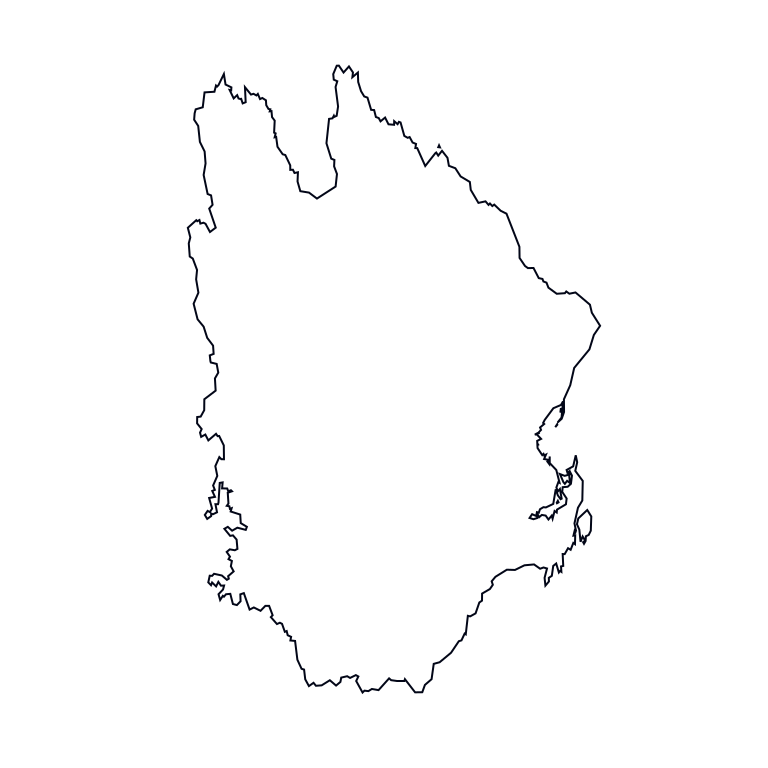 outline of Ennistimon Lea-4, Clare, Ireland, rotated 98°
{"feature_id": "5873133B68826952408481", "entity_name": "Ennistimon Lea-4", "entity_type": "district", "adm_level": 2, "iso_a3": "IRL", "parent_name": "Ireland", "parent_adm1": "Clare", "projection": "natural_earth1", "projection_center": [-9.187, 53.0], "detail": "fine", "context": "isolated", "style": "outline", "palette": "ink", "viewbox_px": 768, "rotation_deg": 98, "n_neighbors": 0, "source": "geoboundaries", "source_scale": "gbopen_adm2", "svg_char_len": 6134}
<svg xmlns="http://www.w3.org/2000/svg" viewBox="0 0 768 768"><g transform="rotate(98 384 384)"><path d="M561.2,196.1L556.6,193.2L553.0,193.8L550.6,191.1L540.6,191.1L537.8,188.5L546.3,184.6L544.6,183.6L545.3,182.2L540.0,183.3L539.2,181.2L527.5,183.4L527.3,181.4L521.0,178.9L522.2,176.1L515.0,174.4L516.0,172.6L507.2,173.6L507.8,175.3L501.8,174.7L501.9,173.7L495.5,176.0L479.5,174.7L471.8,171.4L452.3,173.7L443.4,182.5L434.6,181.8L427.9,184.2L439.2,185.2L443.7,191.2L446.3,190.0L445.0,188.7L446.6,188.9L447.2,187.3L445.9,187.0L448.6,185.1L456.8,185.0L460.2,187.8L461.3,192.7L466.0,192.5L472.0,187.2L477.8,187.1L484.3,195.2L487.2,195.1L486.0,197.4L493.9,198.3L491.0,199.6L495.3,202.3L491.8,205.6L491.7,209.5L494.3,211.8L492.1,213.4L495.4,213.6L497.1,217.2L496.4,221.2L492.3,219.2L493.5,215.0L489.6,214.7L489.9,212.8L486.3,212.1L483.8,209.0L483.7,206.5L479.2,199.7L464.4,199.3L470.0,196.4L473.5,193.1L472.8,192.1L463.5,195.2L466.2,196.9L462.5,198.9L456.9,197.7L457.4,196.4L445.2,201.4L439.2,208.9L432.7,209.8L440.3,209.2L438.0,211.5L436.2,210.6L436.0,215.0L431.4,213.8L432.5,215.4L431.0,216.3L432.4,217.4L426.1,223.0L423.2,223.6L422.1,222.0L423.1,223.6L419.0,224.4L416.5,220.8L412.7,225.6L413.1,227.6L410.7,224.3L411.9,223.3L410.6,224.2L407.6,222.1L405.3,223.4L401.3,219.8L400.4,221.0L397.1,219.8L384.4,212.9L380.1,205.8L376.3,204.3L392.5,203.5L397.9,206.7L393.7,203.2L386.7,201.8L374.1,203.7L359.3,199.4L341.6,197.9L321.1,185.4L306.2,183.0L296.3,178.1L284.5,188.1L276.8,191.1L266.7,207.1L268.8,213.0L267.0,216.4L268.9,217.5L270.6,225.5L265.7,234.6L261.0,237.2L260.3,240.4L257.9,241.7L257.6,245.5L248.3,252.1L249.2,257.6L247.5,260.8L240.3,267.3L229.3,269.0L198.3,286.4L196.2,292.6L191.0,299.8L192.7,301.5L190.5,304.2L192.1,305.4L189.0,308.9L191.5,315.7L179.7,325.1L172.0,327.1L167.8,337.0L160.4,343.4L158.9,350.1L151.2,352.6L145.0,359.0L150.3,362.1L147.5,364.5L148.3,365.3L162.4,373.5L145.8,383.9L146.0,385.8L141.8,385.7L140.9,389.3L135.9,393.0L136.9,394.8L135.5,398.4L122.7,404.0L122.3,405.7L124.8,406.7L122.3,410.5L125.9,410.1L126.2,415.7L120.0,420.0L124.4,424.0L121.4,426.2L120.7,429.2L114.1,431.9L114.3,434.9L102.7,440.2L102.0,443.6L97.2,447.5L88.5,451.6L79.2,453.2L84.6,458.0L79.8,458.1L74.4,462.9L81.2,467.4L75.0,473.0L75.4,475.1L84.2,477.4L89.6,476.1L90.7,472.4L96.6,473.3L115.6,468.1L125.0,468.2L126.4,470.4L125.3,471.0L128.1,472.0L129.1,475.3L153.6,474.5L168.2,467.6L169.0,464.3L175.4,463.7L182.6,459.8L195.2,459.4L209.7,476.2L204.9,484.9L204.7,493.7L195.5,497.8L186.3,498.7L187.5,502.0L184.5,504.0L185.0,506.6L180.5,507.3L171.0,513.6L170.6,516.3L163.9,522.5L154.3,525.2L154.9,526.6L150.9,526.2L150.4,527.8L138.4,528.9L135.3,532.0L129.4,533.4L129.9,535.1L127.8,534.8L127.7,536.7L124.3,539.4L119.5,540.4L117.7,544.3L119.1,546.4L114.3,549.3L116.0,550.5L114.8,553.6L115.9,556.0L109.4,563.0L124.2,560.2L125.8,563.0L120.7,565.5L121.9,565.3L121.5,567.8L118.4,569.6L122.1,572.6L114.3,577.8L114.4,576.2L111.5,576.4L109.5,582.6L99.3,585.7L111.1,589.5L112.7,590.7L111.8,591.9L118.2,592.6L120.2,602.3L135.2,602.0L138.2,608.7L142.3,609.2L148.7,608.8L154.3,603.9L169.9,600.0L178.7,594.0L190.4,591.4L202.1,591.7L220.4,585.1L221.3,581.5L230.4,578.7L234.6,581.5L252.6,572.4L257.7,577.5L250.2,583.0L249.4,585.2L250.7,588.2L247.3,589.6L248.8,591.6L247.9,592.7L256.6,600.0L265.8,596.2L271.9,596.9L284.8,594.1L286.4,590.8L297.1,585.0L306.5,584.6L319.4,580.5L331.0,583.7L345.9,577.6L352.3,570.6L362.9,565.5L369.8,558.6L377.9,556.9L379.9,560.5L385.5,559.1L386.8,558.5L387.4,552.5L395.8,549.7L402.0,552.2L414.0,549.8L424.1,559.8L435.0,558.4L441.8,561.0L442.7,564.4L449.0,563.6L454.0,558.3L457.8,559.4L461.8,557.7L458.9,553.9L464.3,550.1L456.7,543.4L458.8,541.5L458.4,540.0L467.1,534.1L480.8,532.0L481.1,534.6L479.3,536.9L488.8,539.6L498.2,536.3L508.3,539.1L512.4,536.8L513.8,539.2L519.3,535.7L521.2,541.3L531.3,536.9L535.1,538.6L534.2,541.0L538.6,543.2L542.2,540.3L538.9,536.8L536.3,537.1L536.8,535.3L534.3,531.5L526.5,534.2L526.1,531.6L524.5,531.4L504.8,532.9L503.9,530.1L509.9,529.8L509.3,524.7L511.9,523.3L510.5,520.8L511.4,519.6L513.4,523.6L524.0,521.4L526.5,522.7L526.6,520.1L529.1,519.2L528.2,517.6L531.6,518.1L533.3,508.2L541.7,506.5L544.5,499.9L547.7,500.6L546.7,509.2L550.4,514.0L547.2,518.8L549.6,521.9L555.8,515.2L554.9,512.5L558.6,508.3L567.7,506.2L569.4,508.6L569.2,513.7L572.2,516.4L576.4,512.5L579.1,513.6L580.4,510.0L585.8,510.3L590.5,506.8L596.0,511.6L598.4,510.6L599.8,512.3L596.2,517.9L595.6,525.9L597.9,527.5L598.1,529.9L604.9,530.4L607.3,527.3L604.5,526.6L607.8,522.1L603.0,520.5L606.4,517.4L605.8,514.3L609.9,514.8L615.2,518.6L620.7,516.2L616.2,514.1L616.9,512.9L614.2,511.2L613.2,507.0L622.9,503.0L623.4,498.9L619.1,495.8L612.3,497.0L610.6,493.7L626.1,485.7L623.4,481.8L625.8,474.7L620.2,470.6L619.7,466.9L628.5,462.1L630.6,463.6L636.6,456.6L634.9,453.9L635.7,451.6L643.2,447.7L642.2,446.0L646.2,444.4L647.3,440.8L651.0,441.0L650.8,436.3L669.1,431.4L677.5,426.0L677.9,423.4L687.4,420.9L693.6,416.3L689.7,412.2L692.3,409.4L691.1,403.8L684.9,396.4L689.3,389.5L685.1,385.7L680.7,385.5L678.5,379.8L679.8,376.7L676.2,371.4L677.2,368.7L682.0,370.2L692.5,362.3L690.4,360.7L690.3,356.7L687.7,353.6L687.9,346.8L674.8,338.0L676.3,335.7L676.3,329.9L675.3,322.5L673.4,322.2L685.0,310.3L683.9,303.2L676.3,301.6L669.7,295.8L654.2,295.8L651.8,290.2L640.8,280.2L628.3,274.1L627.1,271.6L619.9,269.4L620.5,268.2L601.9,268.7L602.1,266.3L598.4,261.4L587.1,259.2L584.9,256.8L577.9,257.7L572.3,250.6L567.7,248.3L564.4,249.9L559.4,246.8L550.8,236.5L549.9,228.4L544.0,219.7L541.8,210.3L545.2,203.7L543.5,200.5L544.0,196.9L553.6,198.0L561.2,196.1ZM514.4,163.7L511.4,162.5L506.7,162.9L505.0,160.3L500.5,158.8L486.3,160.3L480.5,165.2L490.1,172.9L496.0,173.4L501.0,170.3L512.9,167.4L507.3,166.1L511.1,163.0L512.9,164.8L514.4,163.7ZM457.7,191.0L454.4,189.2L456.2,186.0L448.0,188.1L449.8,192.3L448.7,197.2L456.2,192.7L457.7,191.0ZM385.6,204.7L383.2,205.5L387.7,205.4L385.6,204.7ZM141.9,361.5L140.0,362.7L141.9,363.2L141.9,361.5ZM475.5,195.6L477.5,196.4L478.0,196.1L476.9,194.7L475.5,195.6ZM505.6,174.0L503.5,173.7L502.7,173.9L504.0,174.5L505.6,174.0ZM402.9,208.4L400.2,206.7L399.7,206.9L402.9,208.4Z" fill="none" stroke="#020617" stroke-width="2"/></g></svg>